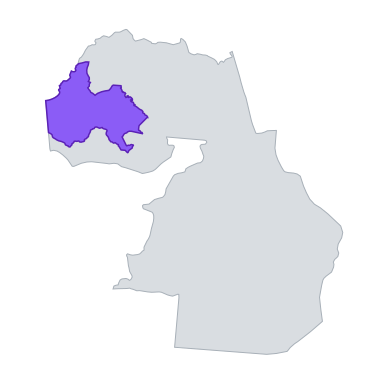 Zambia, with Northern highlighted, rotated 275°
{"feature_id": "ZMB-515", "entity_name": "Northern", "entity_type": "Province", "adm_level": 1, "iso_a3": "ZMB", "parent_name": "Zambia", "parent_adm1": "", "projection": "natural_earth1", "projection_center": [30.182, -9.848], "detail": "fine", "context": "in_parent", "style": "filled", "palette": "violet", "viewbox_px": 384, "rotation_deg": 275, "n_neighbors": 0, "source": "natural_earth", "source_scale": "10m", "svg_char_len": 9034}
<svg xmlns="http://www.w3.org/2000/svg" viewBox="0 0 384 384"><g transform="rotate(275 192 192)"><path d="M260.7,270.7L242.9,270.8L236.5,272.4L231.2,274.9L224.9,278.8L221.2,281.5L220.2,283.0L219.7,286.3L219.7,291.5L219.1,295.2L217.2,298.5L207.6,302.6L201.3,306.0L195.2,309.9L190.5,315.0L187.4,321.3L182.1,329.2L171.1,343.1L164.8,345.7L159.4,345.1L152.9,342.2L147.8,341.7L144.0,343.5L140.4,342.9L137.2,340.0L134.5,338.9L132.3,339.7L129.5,339.6L124.4,338.0L119.9,333.0L117.5,330.9L115.7,330.1L110.4,329.3L98.2,328.2L85.6,330.7L74.5,333.2L63.1,322.1L52.1,310.3L49.8,307.4L45.6,303.4L42.7,301.5L41.5,300.6L38.5,290.1L36.8,280.5L35.8,188.2L85.6,188.2L88.8,187.8L89.0,186.9L86.6,181.9L86.7,180.2L87.3,176.8L89.5,170.2L89.6,167.9L88.6,160.7L88.6,156.6L89.2,148.4L88.8,145.6L89.9,141.9L90.3,139.5L90.8,138.4L90.2,135.6L89.1,125.9L88.5,121.8L91.5,122.4L92.5,124.4L93.1,126.6L94.5,126.7L98.0,128.0L99.3,129.8L100.1,133.8L99.6,135.8L98.5,137.4L99.6,138.8L102.0,139.8L103.4,139.5L107.4,136.8L111.1,135.8L113.0,135.1L121.2,133.4L122.8,132.4L124.0,132.4L124.8,133.2L124.1,135.9L123.9,138.4L124.9,143.1L125.7,145.2L127.4,146.8L128.6,147.6L130.0,149.3L132.9,149.0L139.2,151.4L141.1,152.5L143.8,153.6L145.7,154.0L152.2,154.8L159.1,156.1L162.6,156.2L165.2,155.9L166.9,155.2L168.0,154.5L168.5,153.8L171.1,145.0L172.4,144.3L174.1,143.9L175.1,144.7L176.2,150.2L181.2,155.3L182.9,159.5L184.1,163.1L185.2,164.1L187.1,165.3L190.1,165.8L192.8,165.9L206.2,172.0L207.7,173.2L209.3,176.4L210.3,180.2L211.4,183.1L213.1,183.6L214.6,183.9L216.2,185.9L217.3,187.6L221.3,194.9L221.9,197.8L223.8,199.7L226.4,200.5L228.8,200.6L230.2,199.8L233.6,198.3L236.3,196.6L238.2,196.0L239.3,196.3L240.2,197.5L240.8,201.1L242.7,202.4L244.1,201.9L244.6,200.5L244.7,199.7L244.6,161.8L243.4,162.1L241.9,163.2L238.3,163.3L236.9,164.1L236.5,165.3L236.8,166.9L236.9,169.0L236.3,170.1L234.8,170.5L232.6,169.6L228.5,168.5L225.1,167.9L222.7,165.0L219.3,160.8L217.2,158.6L212.0,154.1L211.1,153.2L209.5,151.1L208.1,147.6L206.8,143.5L206.1,140.9L207.4,136.8L210.4,123.7L211.1,119.6L213.6,115.5L213.8,111.8L212.8,107.0L213.0,104.4L213.4,89.3L212.7,84.6L211.0,79.3L207.2,72.0L207.2,70.4L213.0,65.7L214.7,63.9L217.7,60.0L219.8,56.7L221.0,54.1L221.5,50.6L220.5,47.4L222.5,46.7L270.2,38.3L270.9,40.5L272.4,44.3L274.0,47.0L276.1,49.4L277.8,50.9L279.0,51.3L286.3,51.2L289.0,52.6L291.3,54.5L291.8,57.4L293.3,59.2L295.0,60.6L295.7,60.7L296.9,60.4L298.8,60.4L300.7,61.0L301.5,61.6L301.6,64.0L302.2,65.1L304.7,65.5L307.2,65.7L309.6,67.3L312.3,67.6L315.3,68.3L316.8,70.1L320.0,71.9L324.0,73.5L328.4,76.1L328.5,77.0L329.2,78.5L330.0,79.6L330.0,81.3L330.4,82.8L331.5,83.2L332.4,83.3L333.3,82.2L334.5,82.2L335.8,82.9L336.2,84.7L337.2,87.1L338.8,88.7L339.9,90.3L339.5,93.2L338.8,95.8L341.0,98.4L343.9,100.8L344.6,101.9L344.9,105.6L345.3,106.8L347.2,109.8L348.2,111.9L348.1,113.0L342.9,119.0L339.7,119.9L338.3,121.2L337.4,122.5L339.5,128.4L340.6,130.7L339.6,133.6L337.6,138.4L336.6,138.8L336.4,142.5L337.0,143.8L338.1,144.9L338.5,147.3L338.4,153.5L337.1,160.5L339.4,166.6L340.2,167.3L343.4,167.3L344.0,167.8L343.2,169.6L340.9,172.3L336.8,174.4L330.8,176.7L329.6,178.9L328.8,182.1L329.5,184.0L330.2,185.1L330.0,187.9L329.5,190.8L329.6,193.2L329.3,195.2L328.6,196.2L327.5,199.3L326.2,202.5L325.2,203.9L323.7,205.4L321.4,206.6L321.4,207.3L324.1,208.7L324.8,209.7L325.0,210.4L323.9,212.0L325.1,212.9L326.6,213.7L328.0,215.8L329.6,219.7L329.9,220.1L330.4,220.2L331.3,219.7L332.9,218.1L334.1,217.6L335.5,219.8L310.7,229.5L304.9,231.5L296.2,234.9L293.4,236.2L291.1,237.4L268.1,245.0L264.4,246.5L256.3,250.4L256.0,251.0L256.1,252.7L256.8,256.4L258.3,259.7L259.5,261.6L260.2,266.5L260.7,270.7Z" fill="#d9dde1" stroke="#a8b0b8" stroke-width="1"/><path d="M270.3,38.3L271.0,41.3L272.3,44.3L274.0,47.2L275.8,49.4L276.7,50.2L277.8,51.0L279.0,51.5L280.1,51.5L280.7,51.1L281.2,50.7L281.8,50.3L282.5,50.3L282.8,50.6L283.3,51.4L283.6,51.6L283.9,51.7L284.1,51.6L284.3,51.4L285.7,50.9L286.0,50.8L286.2,50.7L286.3,50.6L286.6,50.7L286.7,50.9L286.8,51.5L287.3,52.0L287.6,52.0L288.0,52.0L288.4,52.0L288.8,52.2L289.4,53.0L289.8,53.3L290.8,53.7L291.4,54.2L291.6,55.0L291.5,56.1L291.7,57.5L292.4,58.4L294.9,60.7L295.4,60.9L295.9,60.9L296.5,60.7L297.4,60.1L298.0,60.1L302.0,61.3L301.5,62.6L301.5,64.1L302.1,65.3L303.2,65.7L303.8,65.4L304.1,65.1L304.6,64.9L305.3,65.0L306.0,65.5L306.3,65.6L306.6,65.5L307.1,65.4L307.3,65.4L307.9,65.8L308.9,66.9L309.4,67.4L309.9,67.6L311.0,71.3L312.3,74.7L312.5,77.8L309.6,77.6L306.9,76.8L304.2,76.5L301.1,77.0L298.8,78.4L297.0,79.7L295.0,79.9L293.0,79.1L292.3,81.2L290.5,80.3L288.5,80.4L286.7,79.1L285.3,80.2L283.8,81.7L282.4,82.5L281.7,84.4L279.9,87.0L282.0,89.3L284.0,93.3L285.1,96.6L286.0,100.3L288.0,101.9L290.7,103.2L291.6,104.2L291.7,112.0L290.0,112.4L289.8,112.3L289.7,112.0L289.5,111.8L289.2,111.8L288.7,112.5L288.2,112.7L287.3,113.3L286.8,113.5L286.1,113.6L285.8,113.7L285.7,114.0L285.9,114.3L285.9,114.5L285.4,114.6L285.2,114.7L285.2,114.9L285.2,116.1L285.2,116.5L284.4,117.1L284.2,117.3L283.9,117.0L283.4,116.8L282.9,116.7L282.4,116.7L281.9,116.8L281.5,117.0L280.4,118.0L280.8,118.6L280.9,118.9L281.0,119.1L281.4,119.2L281.6,119.2L281.8,119.0L282.0,119.0L282.3,119.9L281.9,120.1L280.9,120.1L280.7,120.4L280.7,120.7L280.8,121.0L281.3,121.7L281.4,121.8L281.3,122.2L281.2,122.4L281.0,122.6L280.8,122.8L280.8,123.2L279.6,124.4L279.1,124.6L278.6,124.6L278.8,124.3L278.9,124.0L278.9,123.6L278.7,123.3L278.4,123.0L278.3,123.3L278.3,124.1L277.9,124.2L277.4,124.0L277.2,123.7L277.4,123.3L276.9,123.3L276.5,124.1L276.3,125.1L276.1,125.8L275.8,125.9L275.1,126.2L274.8,126.3L274.6,126.4L274.3,126.5L274.0,126.7L273.6,126.7L274.1,127.4L274.0,127.6L273.6,127.6L273.3,127.1L273.1,127.3L272.8,127.6L272.7,127.9L272.6,128.2L272.1,129.3L270.0,132.4L269.4,133.8L269.2,134.6L269.0,134.9L268.4,135.5L268.2,135.6L268.0,136.0L267.8,136.1L267.2,136.0L266.9,136.0L266.6,136.1L266.4,136.4L266.3,136.7L266.1,137.3L266.0,137.6L265.8,137.8L265.6,138.0L265.2,138.0L264.8,138.3L264.5,138.8L264.4,139.5L264.1,140.2L263.1,141.1L262.3,141.4L262.3,141.1L262.2,140.8L262.1,140.6L253.8,133.7L253.3,133.5L252.9,133.4L249.6,133.3L249.2,133.4L249.0,133.5L248.8,133.7L248.7,134.4L248.4,134.9L247.5,135.6L247.3,135.8L247.1,136.2L247.0,136.6L247.0,136.9L246.9,137.1L246.1,137.4L245.8,137.9L245.7,138.1L247.2,126.4L247.1,124.7L247.1,124.4L247.0,124.1L246.3,122.7L246.1,122.4L245.9,122.3L245.2,121.8L245.1,121.5L244.4,119.9L244.2,119.7L243.6,119.2L243.3,119.0L242.3,118.6L241.4,118.1L241.0,117.7L240.8,117.6L240.7,117.6L233.1,122.2L232.7,122.5L232.4,122.9L232.5,123.4L233.0,124.3L233.1,124.5L233.0,124.9L233.0,125.1L233.0,125.4L233.1,125.8L233.2,126.0L233.9,127.1L234.0,127.3L234.0,127.5L233.8,128.3L233.8,129.1L233.7,129.3L233.5,129.5L233.4,129.5L233.2,129.5L232.0,128.7L231.8,128.6L231.7,128.6L230.9,128.7L230.6,128.6L228.1,125.8L227.9,125.6L225.8,124.8L225.6,124.6L225.6,124.3L225.9,123.9L226.4,123.2L227.6,122.0L227.6,121.8L227.7,121.6L227.7,118.0L227.7,117.7L227.8,117.6L231.1,115.2L231.4,114.9L231.5,114.6L231.9,114.5L232.4,114.5L232.6,114.5L232.8,114.5L232.9,114.3L233.0,113.5L233.1,113.4L233.2,113.1L234.3,111.4L234.4,111.0L234.4,110.9L234.1,110.4L233.9,110.0L233.9,109.8L233.9,109.6L234.3,108.8L234.5,108.5L234.7,108.3L234.8,108.1L234.9,107.8L235.0,106.9L235.0,106.6L235.2,106.4L236.0,105.9L236.2,105.7L236.6,105.1L236.9,104.9L237.2,104.7L238.1,104.5L239.0,103.9L239.7,103.6L239.8,103.5L240.0,103.3L240.8,102.4L241.2,102.0L241.5,101.8L242.0,101.5L242.7,101.4L244.0,101.5L244.4,101.6L245.0,101.9L245.5,102.0L245.8,102.0L245.9,101.9L246.2,101.8L246.6,101.4L246.7,101.2L246.9,100.8L247.3,98.5L247.4,98.2L247.5,97.9L247.7,97.6L247.9,97.4L248.3,97.0L248.4,96.9L248.4,96.7L248.1,96.1L247.7,94.9L247.5,94.4L247.6,94.1L247.6,93.9L248.3,91.9L248.4,91.2L248.4,90.9L248.1,89.8L247.9,89.6L247.7,89.4L246.8,89.0L246.6,88.8L246.5,88.6L246.4,88.1L246.4,87.8L246.3,87.6L245.9,87.4L245.6,86.9L245.3,86.4L244.9,85.7L244.7,85.5L244.4,85.5L244.1,85.5L243.5,85.5L243.0,85.5L242.9,85.4L242.7,85.2L242.0,85.0L241.1,84.7L240.7,84.4L240.4,84.3L239.9,84.2L239.4,84.0L239.2,84.0L238.8,84.1L238.6,84.1L238.2,83.8L237.8,83.7L237.7,83.6L237.3,82.9L237.1,82.8L236.7,82.7L236.4,82.4L236.1,82.2L235.9,82.0L235.5,81.0L235.0,80.5L234.8,80.3L234.4,80.3L234.1,80.3L233.9,80.5L233.7,80.5L233.2,80.2L232.9,79.8L232.3,78.0L232.1,77.5L232.0,77.2L232.0,76.9L232.0,76.7L232.1,75.8L232.1,75.6L232.5,75.4L232.8,75.0L232.9,74.5L232.4,72.7L232.4,72.3L232.5,71.4L232.5,71.2L232.3,70.7L232.3,70.4L232.2,70.2L231.8,70.2L231.7,70.2L231.3,69.9L231.2,69.8L230.7,69.6L230.4,69.3L230.2,68.9L229.9,68.4L229.5,68.2L229.3,68.2L229.2,68.2L229.0,68.3L228.7,68.3L228.4,68.2L228.2,68.0L228.1,67.8L227.8,67.6L227.6,67.4L227.3,67.3L226.9,67.0L226.5,66.8L226.3,66.6L226.2,66.3L226.3,65.6L226.4,65.1L226.5,64.9L226.7,64.7L227.0,64.7L227.8,62.1L228.0,61.8L228.3,61.6L229.1,61.3L229.4,61.2L229.5,61.1L229.8,60.6L230.0,60.3L230.9,57.7L231.4,54.7L232.3,52.3L232.5,52.1L232.7,51.8L233.0,51.2L233.8,49.4L234.1,48.9L234.4,48.6L234.5,48.5L234.7,48.3L235.8,47.9L236.6,47.7L236.9,47.4L237.3,47.0L237.7,46.3L238.5,44.5L238.7,43.9L270.3,38.3Z" fill="#8b5cf6" stroke="#5b21b6" stroke-width="1.5"/></g></svg>